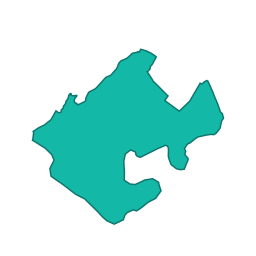 outline of Adh Dhihar, Ibb, Yemen, rotated 218°
{"feature_id": "15242507B70746280021443", "entity_name": "Adh Dhihar", "entity_type": "district", "adm_level": 2, "iso_a3": "YEM", "parent_name": "Yemen", "parent_adm1": "Ibb", "projection": "equal_earth", "projection_center": [44.168, 13.976], "detail": "fine", "context": "isolated", "style": "filled", "palette": "teal", "viewbox_px": 256, "rotation_deg": 218, "n_neighbors": 0, "source": "geoboundaries", "source_scale": "gbopen_adm2", "svg_char_len": 4608}
<svg xmlns="http://www.w3.org/2000/svg" viewBox="0 0 256 256"><g transform="rotate(218 128 128)"><path d="M195.3,97.2L193.8,87.1L195.8,78.7L198.5,73.3L200.1,68.4L200.7,67.0L199.4,66.1L195.8,60.1L195.7,59.5L192.6,59.9L181.0,61.1L176.3,60.6L171.7,60.1L166.5,57.1L165.9,54.5L164.6,48.0L161.2,44.7L158.9,42.6L151.2,43.0L147.1,43.3L143.8,43.4L139.9,43.5L131.4,43.5L129.0,43.5L124.5,44.3L118.2,45.5L115.3,45.1L111.8,44.7L101.0,43.5L92.9,42.2L87.5,41.9L79.7,43.8L75.2,52.7L76.9,57.8L76.5,61.1L73.5,66.7L70.2,68.0L68.5,73.0L66.4,82.0L62.9,89.6L63.3,98.8L70.0,103.3L70.0,103.5L70.2,103.4L71.1,104.0L75.4,103.5L77.3,103.2L80.4,99.9L82.7,97.4L85.0,92.8L87.5,87.9L91.9,85.1L98.8,84.5L103.6,91.0L110.8,99.1L114.1,105.9L112.4,112.4L110.7,112.8L107.3,113.7L105.4,111.9L103.2,111.4L100.3,112.5L99.9,113.2L91.1,131.7L90.8,131.9L87.9,137.4L86.0,138.0L84.3,137.4L82.7,135.8L78.9,130.6L76.7,128.9L74.8,127.7L71.6,125.7L69.3,125.7L64.8,125.7L61.2,127.3L58.3,130.1L60.1,136.3L60.8,139.2L61.7,140.8L62.2,141.1L66.3,141.9L67.2,142.5L67.9,144.5L68.2,145.2L70.7,146.3L70.9,147.9L71.2,149.9L71.2,152.2L70.1,154.0L69.8,155.0L69.0,158.4L68.6,160.4L67.4,164.0L62.4,170.1L60.2,172.5L58.5,174.2L56.3,175.6L55.9,176.4L55.7,177.2L55.4,177.7L55.3,181.5L55.3,183.7L55.3,184.3L55.9,185.7L57.7,189.3L58.7,191.7L58.7,194.1L59.0,194.8L59.5,195.1L62.0,197.0L62.6,197.4L63.1,197.4L64.8,197.6L65.4,197.7L66.0,198.2L71.0,201.4L72.2,202.2L74.6,203.5L81.7,207.5L82.1,207.9L93.8,214.1L95.1,214.0L96.2,211.6L96.9,208.1L98.8,207.7L98.6,207.0L97.4,198.2L95.9,187.0L96.8,180.9L98.0,172.8L108.3,172.5L115.9,172.3L116.2,177.9L118.3,178.1L124.6,178.9L126.3,179.1L129.1,179.5L133.6,180.0L137.8,180.5L138.0,180.9L140.0,181.6L146.7,183.9L147.6,184.2L147.2,184.9L147.1,185.9L146.9,187.5L147.3,188.7L147.8,189.4L148.2,190.3L148.1,191.8L148.1,193.0L148.2,194.3L148.3,194.6L149.5,201.4L150.6,201.5L152.7,201.3L153.7,201.3L155.5,201.2L160.7,200.1L161.1,200.0L166.4,197.9L166.3,196.8L165.8,195.0L165.8,194.4L167.4,194.2L167.5,193.8L167.6,193.0L167.9,192.6L168.1,192.4L168.8,191.7L169.4,190.9L170.1,190.3L170.4,189.8L170.7,189.3L170.7,188.9L170.7,188.7L170.7,188.4L170.8,188.2L170.9,187.1L171.0,186.4L171.1,185.7L171.3,184.9L171.4,184.2L171.7,183.1L171.7,182.8L171.8,182.4L172.0,181.7L172.2,181.2L172.5,180.9L172.7,180.5L173.1,179.8L173.6,178.9L174.3,177.8L174.6,177.0L174.9,176.5L175.0,175.9L175.0,175.3L175.0,174.8L175.1,174.1L175.1,173.9L175.1,173.5L175.0,173.2L174.9,172.9L174.8,172.1L174.6,171.7L174.5,171.3L174.3,170.8L174.2,170.4L174.1,170.2L173.7,168.7L173.6,168.1L173.5,167.5L173.5,166.8L173.7,165.4L173.7,165.1L173.7,164.4L173.8,163.6L173.9,162.2L173.9,161.5L173.9,161.1L174.0,159.9L174.1,159.3L174.2,158.5L174.4,158.2L174.7,157.7L174.9,157.3L175.4,156.6L175.9,155.7L176.2,155.1L176.4,154.7L176.5,154.5L176.6,153.9L176.7,153.3L176.8,152.2L176.8,151.9L177.0,149.7L177.1,147.6L177.2,146.4L177.3,145.0L177.5,143.0L177.6,141.1L177.6,140.9L177.7,140.5L177.7,140.1L177.8,139.5L177.9,139.0L178.2,138.1L178.8,136.8L179.2,135.9L180.1,134.1L180.6,133.0L180.8,132.4L180.9,131.8L180.7,130.8L180.6,130.1L180.5,129.7L180.4,129.4L180.2,128.1L180.1,127.6L179.8,126.5L179.6,125.6L179.3,125.1L179.2,125.1L178.5,123.8L178.4,123.6L178.3,123.2L178.2,123.0L178.2,122.8L178.3,122.4L178.4,122.0L178.7,121.3L179.0,120.8L179.3,120.4L179.6,119.7L180.0,118.8L180.4,118.0L180.8,117.2L181.1,116.6L181.4,116.2L181.6,115.7L181.8,115.4L182.1,115.3L182.3,115.3L182.6,115.4L182.8,115.5L183.0,115.5L183.4,115.7L183.6,115.8L183.9,115.7L184.1,115.6L184.6,115.4L185.0,115.3L185.7,115.3L186.0,115.4L186.3,115.7L186.7,116.0L187.0,116.2L187.2,116.6L187.7,117.2L187.8,117.6L187.9,118.0L188.1,118.9L188.0,120.0L188.0,120.7L188.0,121.1L188.0,121.4L188.1,121.6L188.1,121.8L188.2,122.0L188.4,122.1L188.6,122.1L189.0,121.6L189.3,121.3L189.8,120.7L190.3,120.4L190.7,120.0L191.1,119.7L191.6,119.4L192.1,119.1L192.4,119.0L192.6,119.0L193.0,119.1L193.2,119.3L193.8,119.8L194.0,119.9L194.3,120.0L194.4,119.9L194.5,119.8L194.6,119.6L194.7,119.4L194.8,118.8L194.8,117.9L194.9,117.5L194.8,117.3L194.7,117.1L194.5,116.7L194.4,116.5L194.2,116.3L194.0,115.6L193.8,115.2L193.6,114.5L193.4,114.1L193.4,113.6L193.4,112.8L193.4,112.1L193.4,111.7L193.3,111.3L193.1,110.5L192.7,109.7L192.4,109.0L192.3,108.6L192.2,108.3L192.1,108.1L192.2,107.6L192.2,107.1L192.3,106.5L192.3,106.0L192.2,105.7L192.2,105.4L192.1,105.2L192.0,104.9L191.8,104.5L191.7,104.2L191.4,103.7L191.3,103.2L191.3,102.9L191.3,102.6L191.4,102.4L191.5,102.1L191.7,101.8L191.8,101.5L191.8,101.4L191.6,101.1L191.4,100.8L191.2,100.5L190.8,100.0L190.5,99.5L191.0,98.4L192.1,97.5L193.0,97.2L195.3,97.2Z" fill="#14b8a6" stroke="#0f766e" stroke-width="1.5"/></g></svg>